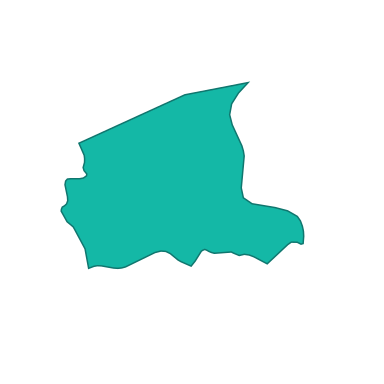 the Province of An Giang, rotated 125°
{"feature_id": "VNM-498", "entity_name": "An Giang", "entity_type": "Province", "adm_level": 1, "iso_a3": "VNM", "parent_name": "Vietnam", "parent_adm1": "", "projection": "robinson", "projection_center": [105.251, 10.573], "detail": "fine", "context": "isolated", "style": "filled", "palette": "teal", "viewbox_px": 384, "rotation_deg": 125, "n_neighbors": 0, "source": "natural_earth", "source_scale": "10m", "svg_char_len": 1127}
<svg xmlns="http://www.w3.org/2000/svg" viewBox="0 0 384 384"><g transform="rotate(125 192 192)"><path d="M170.5,71.4L172.2,72.8L172.8,77.0L176.1,81.9L180.1,83.4L207.7,89.2L209.6,104.2L210.8,109.0L213.0,113.4L216.9,116.9L218.3,123.2L218.6,125.4L229.4,138.6L230.4,141.4L231.0,144.2L231.2,146.5L231.7,148.6L233.6,149.8L235.1,150.4L246.8,149.8L253.2,150.2L255.4,161.1L255.7,164.6L254.9,174.5L255.7,179.4L258.2,183.6L262.8,187.6L291.5,203.5L294.5,206.0L297.1,209.0L299.3,212.7L304.5,223.9L306.7,227.3L309.1,229.7L313.8,232.9L299.9,247.0L290.0,266.6L288.7,269.3L288.0,277.3L282.7,288.2L281.0,289.1L278.8,289.6L276.4,288.5L273.8,287.9L270.4,288.8L267.3,291.3L258.9,300.2L255.5,301.8L252.9,301.5L250.8,299.1L245.6,291.7L242.9,289.0L239.3,287.7L237.6,288.5L236.4,292.7L234.4,295.2L229.4,297.0L226.4,299.0L223.8,301.3L216.9,312.6L116.5,253.6L70.2,208.8L84.2,210.7L97.0,210.1L107.1,205.5L113.9,197.6L125.6,177.6L128.9,173.5L132.6,169.9L160.4,154.0L167.3,146.6L167.2,136.1L157.1,115.0L152.6,102.9L151.6,91.7L153.5,86.6L156.7,82.0L159.3,79.2L160.5,78.0L164.2,75.1L170.5,71.4Z" fill="#14b8a6" stroke="#0f766e" stroke-width="1.5"/></g></svg>